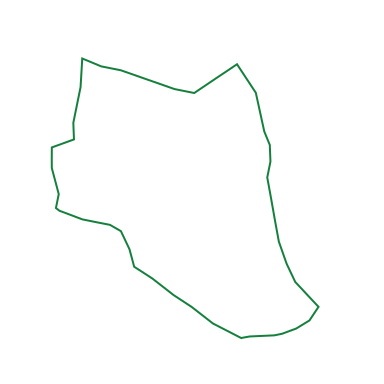 Kangso, P'yŏngan-namdo, North Korea (Robinson projection), rotated 11°
{"feature_id": "82179303B75449776739739", "entity_name": "Kangso", "entity_type": "district", "adm_level": 2, "iso_a3": "PRK", "parent_name": "North Korea", "parent_adm1": "P'yŏngan-namdo", "projection": "robinson", "projection_center": [125.47, 38.953], "detail": "fine", "context": "isolated", "style": "outline", "palette": "green", "viewbox_px": 384, "rotation_deg": 11, "n_neighbors": 0, "source": "geoboundaries", "source_scale": "gbopen_adm2", "svg_char_len": 706}
<svg xmlns="http://www.w3.org/2000/svg" viewBox="0 0 384 384"><g transform="rotate(11 192 192)"><path d="M251.4,118.8L235.7,82.4L211.8,58.0L201.9,67.9L195.5,74.2L175.3,94.4L155.2,94.3L127.1,90.2L99.0,86.1L78.9,86.0L58.8,81.9L62.6,110.3L62.3,146.7L66.1,162.9L45.9,175.0L48.1,186.7L49.8,195.2L61.6,219.5L61.5,233.7L65.5,235.7L89.6,239.8L105.6,239.9L117.7,239.9L129.7,244.0L141.6,260.2L149.5,276.4L169.6,284.5L193.6,296.7L213.6,304.9L237.7,317.1L268.3,326.0L268.7,325.7L276.2,322.8L300.2,317.0L307.4,314.0L320.4,306.1L331.8,295.7L338.1,280.6L310.5,260.6L298.6,244.4L286.7,224.1L278.8,203.9L271.0,183.6L263.1,163.4L263.2,147.2L259.4,131.0L251.4,118.8Z" fill="none" stroke="#15803d" stroke-width="2"/></g></svg>